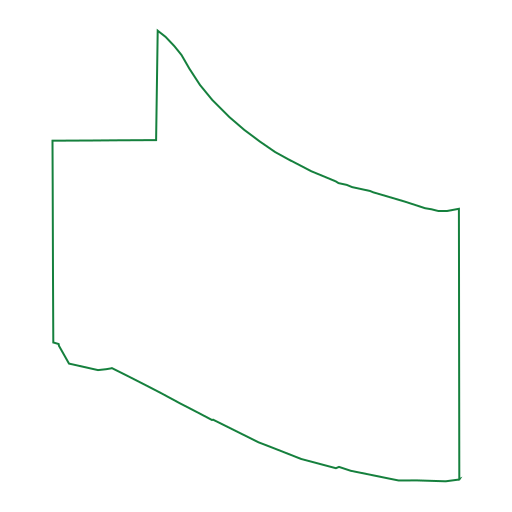 Jarra central, Lower River, Gambia
{"feature_id": "56634734B6993374345684", "entity_name": "Jarra central", "entity_type": "district", "adm_level": 2, "iso_a3": "GMB", "parent_name": "Gambia", "parent_adm1": "Lower River", "projection": "orthographic", "projection_center": [-15.418, 13.42], "detail": "fine", "context": "isolated", "style": "outline", "palette": "green", "viewbox_px": 512, "rotation_deg": 0, "n_neighbors": 0, "source": "geoboundaries", "source_scale": "gbopen_adm2", "svg_char_len": 971}
<svg xmlns="http://www.w3.org/2000/svg" viewBox="0 0 512 512"><path d="M458.9,208.8L447.0,211.0L438.2,211.0L431.6,209.3L425.0,208.2L404.8,201.6L373.2,192.3L370.1,191.0L352.1,187.1L349.2,185.9L346.8,184.9L338.5,183.1L335.8,181.4L311.2,171.2L290.1,160.2L290.1,160.3L275.2,152.1L259.8,141.5L249.0,133.4L244.4,130.0L229.5,117.2L212.3,100.0L200.0,85.0L189.4,68.7L181.5,55.0L174.4,46.2L165.6,36.9L158.2,31.1L157.7,30.7L156.1,140.1L117.2,140.3L92.9,140.5L52.5,140.7L52.5,141.9L52.7,186.9L52.7,187.5L52.9,246.5L53.0,277.4L53.3,342.5L54.8,342.9L58.6,344.0L59.0,345.9L69.0,363.6L98.0,370.1L106.2,369.2L111.5,368.3L111.6,368.2L111.9,368.1L126.7,375.5L153.5,389.2L153.7,389.3L161.0,393.1L179.9,403.3L193.5,410.3L212.0,420.0L213.1,419.7L258.5,442.3L271.5,447.3L301.2,459.0L335.9,468.2L339.0,466.9L350.8,470.8L390.2,478.8L398.7,480.5L416.7,480.4L445.7,481.3L459.3,479.5L459.5,479.2L459.3,479.3L459.1,346.5L459.0,264.0L458.9,208.8Z" fill="none" stroke="#15803d" stroke-width="2"/></svg>